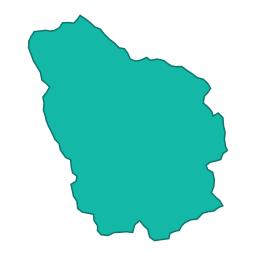 outline of Catas Altas da Noruega, Minas Gerais, Brazil
{"feature_id": "56859067B98626819297692", "entity_name": "Catas Altas da Noruega", "entity_type": "district", "adm_level": 2, "iso_a3": "BRA", "parent_name": "Brazil", "parent_adm1": "Minas Gerais", "projection": "albers", "projection_center": [-43.499, -20.667], "detail": "fine", "context": "isolated", "style": "filled", "palette": "teal", "viewbox_px": 256, "rotation_deg": 0, "n_neighbors": 0, "source": "geoboundaries", "source_scale": "gbopen_adm2", "svg_char_len": 1574}
<svg xmlns="http://www.w3.org/2000/svg" viewBox="0 0 256 256"><path d="M192.3,73.9L186.8,70.3L181.7,66.5L175.9,66.7L171.5,66.0L167.4,63.4L164.0,60.6L157.3,59.1L150.4,60.3L146.7,57.4L141.1,60.1L135.2,61.1L130.1,58.9L127.6,53.0L124.4,48.8L119.1,47.8L114.0,42.7L109.6,39.4L104.8,34.8L100.4,29.2L94.9,27.0L89.8,22.3L85.2,18.8L80.1,15.4L77.2,19.6L73.7,23.2L67.7,22.5L62.5,22.9L59.5,27.6L54.4,30.6L49.8,31.1L45.7,30.3L39.2,31.1L34.1,31.7L31.2,36.3L28.8,41.2L28.6,47.9L30.9,53.8L33.5,60.9L37.1,66.7L40.4,72.2L41.9,80.1L45.7,83.0L49.6,87.1L46.3,92.8L42.9,97.0L44.1,103.1L43.4,110.2L45.2,115.4L46.2,120.2L48.4,125.9L51.9,132.7L54.9,139.3L59.1,143.7L60.4,149.9L62.9,153.6L65.7,157.5L70.6,159.7L71.3,166.7L72.6,173.0L77.0,176.0L76.1,181.3L71.0,184.3L72.2,189.8L73.5,196.1L76.9,201.3L77.7,208.6L82.3,212.1L87.2,213.0L93.5,214.3L94.1,220.7L97.6,225.7L97.5,230.6L101.1,234.7L107.9,235.5L114.2,232.5L119.6,232.3L126.2,231.7L132.6,232.5L134.7,224.8L139.6,220.5L143.5,225.4L147.8,229.5L149.7,237.2L154.5,240.6L162.8,239.4L168.8,238.6L170.0,233.3L174.8,231.3L179.4,230.3L181.4,225.9L185.1,222.6L190.4,219.9L197.3,219.0L202.6,213.3L207.7,211.8L213.9,210.9L218.7,207.4L222.8,205.8L219.6,200.5L215.4,196.9L211.4,192.7L213.8,186.3L214.3,179.6L212.7,172.3L207.6,169.5L206.1,165.3L210.1,162.2L215.7,161.0L220.7,159.5L223.0,153.6L227.4,150.4L225.4,146.3L224.4,139.1L225.1,132.5L223.6,126.3L222.9,117.7L218.3,113.0L213.2,116.0L211.9,111.8L208.5,107.6L203.3,103.1L204.2,96.5L207.5,92.8L210.6,88.4L207.5,83.2L203.3,79.3L197.3,77.7L192.3,73.9Z" fill="#14b8a6" stroke="#0f766e" stroke-width="1.5"/></svg>